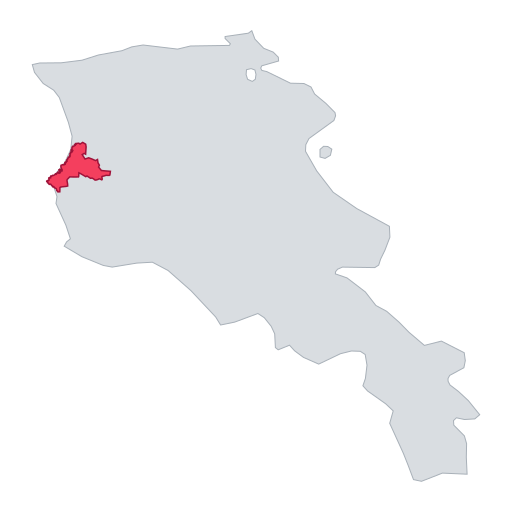 Ani, Shirak, Armenia shown in context
{"feature_id": "60910142B64012193022173", "entity_name": "Ani", "entity_type": "district", "adm_level": 2, "iso_a3": "ARM", "parent_name": "Armenia", "parent_adm1": "Shirak", "projection": "equal_earth", "projection_center": [43.671, 40.552], "detail": "fine", "context": "in_parent", "style": "filled", "palette": "rose", "viewbox_px": 512, "rotation_deg": 0, "n_neighbors": 0, "source": "geoboundaries", "source_scale": "gbopen_adm2", "svg_char_len": 6475}
<svg xmlns="http://www.w3.org/2000/svg" viewBox="0 0 512 512"><path d="M220.6,325.0L215.7,317.0L191.0,290.7L168.1,270.5L152.4,262.2L136.7,263.1L112.2,267.1L103.2,265.4L81.9,256.7L64.2,246.2L66.6,241.9L70.4,238.8L65.9,225.2L56.0,203.5L57.0,196.6L53.9,187.2L50.5,180.1L64.4,163.1L70.8,149.5L72.1,136.2L68.4,122.4L59.3,97.5L53.7,90.2L43.2,83.5L34.5,72.4L32.3,64.6L39.7,63.0L61.2,62.8L82.0,60.2L98.4,55.0L122.0,50.7L131.7,46.9L143.1,45.0L177.6,49.1L190.5,46.0L229.4,45.4L230.4,43.8L225.1,38.5L225.1,36.5L248.3,33.2L251.8,30.7L254.9,39.1L263.7,48.3L273.2,52.1L278.3,57.2L278.6,61.0L261.8,65.8L260.7,68.1L261.8,70.4L266.8,71.6L290.5,83.2L303.9,83.5L311.0,87.0L314.6,94.0L325.9,103.4L335.0,112.6L335.6,115.8L333.9,120.5L309.0,138.5L305.8,144.7L305.5,151.3L316.7,170.9L333.2,192.3L356.8,208.6L389.4,226.3L389.9,237.2L384.9,250.3L380.6,259.1L378.7,265.1L374.8,267.6L342.4,267.1L337.6,269.2L335.5,271.8L335.4,273.9L347.0,277.9L365.3,291.9L375.9,305.5L386.8,311.4L399.1,322.2L409.0,332.3L424.4,345.4L441.4,341.1L464.2,352.7L465.3,360.6L463.9,367.7L449.7,375.4L448.0,378.6L448.1,381.3L450.0,385.0L458.4,391.4L468.4,400.7L479.7,414.7L474.8,418.9L464.5,419.5L456.4,417.8L453.5,420.6L453.8,425.2L464.4,435.9L466.6,443.7L466.3,457.2L467.1,474.2L442.4,473.1L421.5,481.3L413.5,479.6L408.1,465.2L403.4,453.4L389.7,423.3L393.2,410.9L385.7,403.8L367.6,391.0L362.9,385.8L365.4,378.5L367.0,365.2L365.2,354.5L360.3,351.3L351.4,351.0L340.5,353.7L318.7,364.1L303.5,357.4L294.6,350.8L289.5,345.2L278.2,349.8L275.4,347.6L274.7,333.8L271.2,326.3L264.3,317.7L257.9,313.5L234.7,322.1L220.6,325.0ZM255.3,79.3L256.0,74.4L254.9,70.0L251.1,68.6L246.5,69.7L246.1,74.6L247.6,79.3L252.3,81.4L255.3,79.3ZM330.4,155.3L325.1,158.4L320.0,157.0L320.0,149.4L323.6,146.3L327.8,146.5L331.8,149.2L330.4,155.3Z" fill="#d9dde1" stroke="#a8b0b8" stroke-width="1"/><path d="M76.0,143.5L76.2,143.9L76.2,144.2L76.0,144.3L75.7,144.4L75.4,144.2L75.2,144.1L74.7,144.4L74.8,144.5L75.0,144.5L75.1,144.8L75.2,145.0L75.3,145.1L75.3,145.3L75.0,145.5L74.7,145.6L74.4,145.7L74.2,145.8L74.0,146.0L74.0,146.3L74.0,146.6L73.9,146.4L73.7,146.2L73.3,146.1L73.3,146.3L73.2,146.4L73.2,146.5L72.9,146.7L72.6,146.5L72.4,146.6L72.3,146.8L72.2,147.0L72.1,147.3L72.0,147.5L71.9,147.8L71.9,148.0L72.0,148.2L72.0,148.4L72.0,148.5L71.9,148.9L71.6,149.2L71.7,149.3L71.8,149.4L71.7,149.6L71.4,149.7L71.3,149.8L71.8,149.9L71.6,150.1L71.3,150.2L71.3,150.4L71.3,150.7L71.5,150.7L71.9,150.6L71.8,150.9L71.6,151.0L71.9,151.3L71.9,151.5L72.1,151.6L72.3,151.5L72.1,151.9L71.8,152.0L71.6,152.1L71.4,152.1L71.3,151.7L71.0,151.6L70.9,151.9L70.9,152.0L71.0,152.2L70.9,152.2L70.7,152.2L70.6,152.3L70.6,152.5L70.8,152.7L70.8,152.8L70.7,152.9L70.7,153.1L70.6,153.3L70.2,153.4L70.0,153.5L69.9,153.7L70.0,153.8L70.3,153.7L70.2,153.9L70.1,154.1L70.0,154.4L69.9,154.8L70.1,154.8L70.3,155.0L70.2,155.2L69.9,155.2L69.9,155.3L69.8,155.6L69.7,155.8L70.0,156.0L70.0,156.3L69.8,156.3L69.6,156.3L69.3,156.4L69.3,156.5L69.5,156.7L69.5,156.9L69.5,157.1L69.3,157.2L69.1,157.2L68.9,157.2L68.7,157.1L68.3,157.3L68.3,157.5L68.3,157.8L68.0,157.9L67.9,158.0L67.7,158.3L67.7,158.5L67.8,158.7L67.7,159.0L67.6,159.3L67.3,159.6L67.1,159.8L66.7,159.9L66.7,160.3L66.8,160.6L66.9,160.8L67.0,160.9L67.1,161.1L66.9,161.3L66.7,161.3L66.5,161.2L66.3,161.3L66.2,161.5L66.2,161.9L66.2,162.2L66.0,162.6L65.8,162.6L65.7,162.4L65.4,162.1L65.2,162.2L65.1,162.4L64.9,162.6L64.8,162.9L64.7,163.1L64.9,163.3L65.1,163.5L65.3,163.8L65.3,164.1L65.1,164.4L64.7,164.5L64.4,164.4L64.2,164.5L64.0,164.8L63.7,164.9L63.4,164.8L63.1,164.6L62.9,164.6L62.6,164.7L62.4,164.7L62.1,164.9L61.9,165.1L61.6,165.2L61.4,165.1L61.1,165.2L61.0,165.5L60.9,165.8L60.8,166.1L60.9,166.3L61.0,166.7L61.0,167.1L61.1,167.5L61.2,168.0L61.3,168.4L61.4,168.7L61.7,169.0L62.0,169.3L62.1,169.5L62.2,170.2L62.1,170.6L62.0,171.0L61.8,171.0L61.6,171.1L61.3,171.0L61.0,170.7L60.9,170.5L61.0,170.0L60.9,169.8L60.6,169.7L60.5,169.8L60.4,170.0L60.4,170.3L60.2,170.4L60.0,170.2L59.9,170.1L59.9,169.8L60.0,169.5L59.9,169.4L59.7,169.3L59.3,169.6L58.9,169.8L58.8,170.0L59.1,170.3L59.3,170.6L59.3,170.8L59.4,171.2L59.5,171.4L59.8,171.5L60.1,171.6L60.3,171.8L60.4,172.1L60.4,172.5L60.2,172.6L59.9,172.8L59.8,173.1L59.7,173.2L59.4,173.2L59.1,173.2L58.8,173.2L58.6,173.2L58.3,173.0L58.3,172.9L58.5,172.8L58.8,172.6L58.7,172.3L58.5,172.2L58.2,172.1L57.7,172.1L57.4,172.4L57.4,172.7L57.3,173.0L57.0,173.2L56.8,173.5L56.6,173.8L56.5,174.0L56.4,174.2L56.2,174.3L56.1,174.2L55.8,173.7L55.6,173.7L55.4,173.8L55.2,174.0L55.1,174.3L54.9,174.7L54.6,174.8L54.2,175.0L53.7,175.3L53.2,175.5L53.1,175.4L52.8,175.3L52.6,175.3L52.2,175.6L52.0,175.9L51.8,176.0L51.5,176.0L51.1,175.9L50.9,175.9L50.8,176.1L50.7,176.3L50.9,176.5L50.6,176.6L50.4,176.8L50.3,177.0L50.4,177.3L50.5,177.4L50.7,177.7L50.7,177.8L50.3,177.9L50.1,177.8L49.9,177.6L49.7,177.6L49.4,177.7L49.2,177.8L48.9,177.8L48.8,178.0L49.1,178.5L49.0,178.8L48.8,179.0L49.0,179.3L49.1,179.5L49.1,179.8L48.9,180.3L48.6,180.5L48.4,180.6L48.2,180.4L47.9,180.4L47.8,180.6L47.7,180.7L47.6,180.8L47.4,180.8L47.2,180.8L46.9,180.9L46.7,181.0L46.7,181.3L46.9,181.3L47.1,181.3L47.4,181.3L47.5,181.5L47.6,181.8L47.7,182.1L47.6,182.3L47.4,182.7L47.5,182.8L47.8,182.9L48.0,182.9L48.2,183.1L48.4,183.2L48.6,183.3L48.7,183.5L48.8,183.9L48.9,184.0L49.1,184.3L49.4,184.3L49.7,184.4L49.9,184.3L50.1,184.2L50.4,184.1L50.7,184.2L50.9,184.3L51.1,184.5L51.2,185.0L51.4,185.2L51.7,185.4L51.9,185.5L52.0,185.7L52.2,185.9L52.2,186.0L52.3,186.0L52.7,186.1L52.8,186.3L52.8,186.6L52.7,186.6L52.7,186.8L52.8,186.9L53.0,186.9L53.3,186.9L53.6,186.8L53.8,186.7L53.9,186.8L53.9,187.0L54.0,187.2L54.2,187.3L54.3,187.5L54.5,187.8L55.1,188.1L55.5,188.2L55.8,188.4L56.2,188.6L56.2,188.8L56.4,189.1L56.6,189.5L56.6,189.8L56.6,190.3L56.7,190.5L56.8,190.6L57.1,190.8L57.3,191.0L57.6,191.1L57.6,191.4L57.6,191.6L57.9,191.9L59.8,191.8L59.9,189.4L59.9,187.6L60.3,187.2L62.1,186.8L66.2,186.4L67.7,186.0L67.6,183.9L67.0,180.6L67.2,179.5L69.7,176.9L75.1,177.0L78.5,176.9L78.7,176.4L78.9,172.8L80.9,173.8L85.8,176.7L86.6,176.1L87.2,176.1L90.5,178.3L92.1,178.1L93.5,178.8L94.7,179.9L95.8,180.1L97.9,179.5L98.9,178.9L99.6,178.9L100.7,179.3L101.5,179.8L102.0,179.7L102.2,179.3L102.1,178.0L101.8,177.0L102.1,176.4L104.3,175.9L106.1,175.3L107.6,175.4L109.8,175.4L109.8,175.6L110.4,171.3L105.3,170.9L101.4,170.5L98.6,167.1L99.4,165.2L98.0,162.8L97.5,159.5L95.6,160.6L92.0,159.0L88.7,157.8L85.0,159.0L82.2,154.6L84.2,153.4L85.6,154.2L86.1,146.9L85.7,144.2L82.7,142.4L80.0,144.1L78.8,143.2L77.9,143.3L76.0,143.5Z" fill="#f43f5e" stroke="#9f1239" stroke-width="1.5"/></svg>